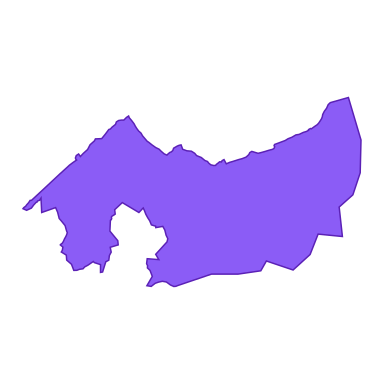 outline of Jada, Adamawa, Nigeria
{"feature_id": "59680162B17489209533224", "entity_name": "Jada", "entity_type": "district", "adm_level": 2, "iso_a3": "NGA", "parent_name": "Nigeria", "parent_adm1": "Adamawa", "projection": "mercator", "projection_center": [12.304, 8.694], "detail": "fine", "context": "isolated", "style": "filled", "palette": "violet", "viewbox_px": 384, "rotation_deg": 0, "n_neighbors": 0, "source": "geoboundaries", "source_scale": "gbopen_adm2", "svg_char_len": 2981}
<svg xmlns="http://www.w3.org/2000/svg" viewBox="0 0 384 384"><path d="M23.0,208.7L26.6,210.3L31.4,208.1L33.7,205.0L36.2,202.3L37.0,202.1L37.5,201.0L39.5,200.3L41.0,198.1L41.7,212.5L55.6,207.6L57.6,212.2L59.2,218.5L61.3,220.9L65.1,225.6L66.0,228.9L66.6,231.0L67.3,232.7L66.5,235.1L65.3,237.5L64.6,238.6L63.4,241.4L62.2,243.3L61.0,244.1L60.3,244.9L62.9,247.1L62.3,250.3L61.3,252.0L66.3,255.1L66.7,260.1L71.5,264.3L73.8,270.4L76.9,270.3L79.5,269.3L83.0,268.8L84.7,266.9L87.9,265.2L93.3,261.5L94.3,262.6L100.5,264.6L100.5,272.4L102.6,272.0L105.8,261.8L108.8,260.2L109.4,255.5L111.2,252.1L110.2,247.3L118.2,244.9L117.8,240.7L109.9,231.1L110.4,220.4L110.6,220.0L111.3,219.7L111.7,218.3L111.4,217.7L111.6,216.5L115.2,214.1L114.7,209.7L122.3,202.6L138.9,212.5L141.0,210.3L142.4,208.8L143.2,208.0L144.4,210.5L145.8,214.2L147.7,217.7L149.7,220.8L151.4,224.9L155.7,226.2L155.8,227.6L162.8,226.4L164.8,230.0L166.1,235.2L167.8,238.7L167.0,241.9L155.7,254.3L158.8,259.6L147.2,258.7L146.6,263.6L147.1,264.8L147.6,265.5L147.4,267.9L150.0,270.4L152.3,276.4L146.9,285.7L151.2,286.4L155.2,283.3L158.6,282.1L162.4,281.3L166.4,282.0L170.5,285.0L173.4,286.3L173.8,286.5L175.9,286.3L177.6,285.6L211.5,274.1L233.1,274.1L238.1,274.1L260.8,270.8L266.4,261.0L293.1,270.0L310.1,254.5L318.1,234.1L342.4,236.5L339.3,208.2L339.1,207.1L352.9,194.8L360.2,172.8L361.0,140.0L348.4,97.5L330.4,102.6L330.2,102.7L328.2,104.6L326.6,108.2L324.3,111.3L322.7,114.5L322.3,116.8L321.5,118.8L320.3,120.7L318.7,123.1L317.2,124.7L314.4,126.6L311.4,128.8L310.5,128.5L308.5,129.6L308.6,130.3L306.3,131.5L303.3,132.4L299.1,134.4L295.9,134.9L294.0,136.0L292.0,137.2L288.1,138.7L285.2,140.5L282.8,141.4L278.0,143.2L274.7,144.4L274.1,145.3L274.1,145.8L274.7,146.7L274.0,148.5L272.7,149.2L272.3,149.4L269.5,150.1L266.8,150.9L265.6,151.3L261.3,152.5L258.1,153.3L251.8,151.4L249.8,152.6L248.8,154.6L247.2,156.1L245.9,157.2L244.8,157.6L242.0,158.7L238.9,159.5L232.6,161.5L229.8,162.3L226.3,163.8L224.0,159.6L222.1,160.6L221.5,161.9L219.6,161.8L217.8,163.3L216.3,164.4L215.6,165.4L213.7,165.5L210.8,164.8L208.7,163.1L207.5,161.5L204.9,160.5L201.3,157.5L196.6,155.6L194.7,153.3L191.4,151.2L186.9,150.8L182.7,149.3L181.1,144.9L179.1,145.3L177.2,146.1L173.6,148.2L172.8,150.5L171.3,151.9L170.1,152.3L168.4,153.6L166.9,155.1L164.2,153.9L161.1,151.2L159.1,149.2L156.0,147.7L155.8,147.6L152.0,144.9L148.5,142.1L147.3,141.4L142.6,135.9L141.0,133.1L139.2,131.5L138.7,131.1L136.7,128.4L135.2,126.0L134.5,124.6L134.0,123.7L131.6,120.5L129.3,117.8L128.6,116.0L126.5,117.4L123.8,120.1L121.2,120.1L118.6,120.5L116.4,121.9L115.5,124.4L112.0,127.2L110.4,129.0L108.8,129.5L105.3,134.2L101.7,138.6L95.4,138.9L94.4,140.9L90.1,144.7L87.6,149.5L83.2,153.5L80.4,156.5L79.4,155.1L78.6,154.0L76.3,155.5L75.4,158.0L75.8,159.2L76.6,160.0L73.0,162.5L69.4,165.2L67.5,167.0L64.3,169.9L60.8,173.1L60.5,173.3L40.8,191.7L32.5,199.4L31.5,200.3L30.1,200.4L28.6,202.7L26.7,204.8L25.7,206.2L23.7,207.7L23.0,208.7Z" fill="#8b5cf6" stroke="#5b21b6" stroke-width="1.5"/></svg>